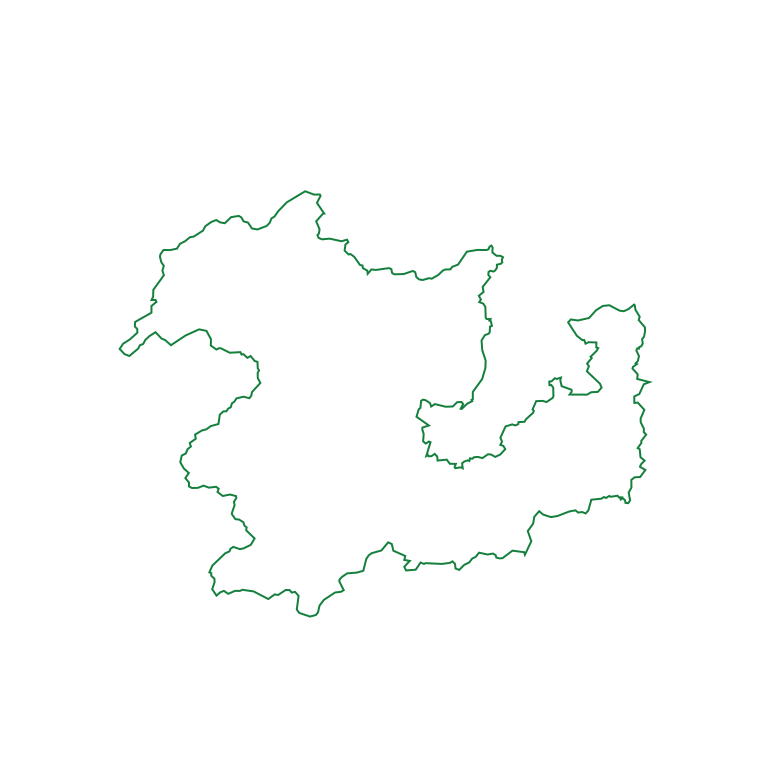 Yen Son, Tuyên Quang, Vietnam (Equal Earth projection), rotated 238°
{"feature_id": "81297802B74193371644879", "entity_name": "Yen Son", "entity_type": "district", "adm_level": 2, "iso_a3": "VNM", "parent_name": "Vietnam", "parent_adm1": "Tuyên Quang", "projection": "equal_earth", "projection_center": [105.29, 21.864], "detail": "fine", "context": "isolated", "style": "outline", "palette": "green", "viewbox_px": 768, "rotation_deg": 238, "n_neighbors": 0, "source": "geoboundaries", "source_scale": "gbopen_adm2", "svg_char_len": 6166}
<svg xmlns="http://www.w3.org/2000/svg" viewBox="0 0 768 768"><g transform="rotate(238 384 384)"><path d="M234.8,190.8L226.0,198.0L224.2,203.8L225.3,207.0L230.3,212.0L232.8,218.7L233.1,232.0L230.6,237.4L230.5,240.6L240.4,241.5L241.8,242.8L242.7,246.3L242.9,252.5L238.4,261.1L236.6,267.5L244.9,276.1L246.8,280.2L247.0,284.1L244.2,293.6L247.5,303.6L244.2,305.8L237.6,303.6L226.9,310.9L224.0,308.0L220.3,312.1L218.3,304.4L214.2,303.9L209.7,312.5L213.2,320.4L210.2,322.6L210.1,324.2L200.7,337.8L197.4,345.1L197.3,348.1L193.9,348.9L189.6,346.9L186.5,349.3L188.1,356.2L187.5,361.7L189.2,366.2L188.8,370.2L190.6,375.2L184.5,381.5L182.5,386.5L179.7,388.0L177.3,387.3L174.8,389.7L173.5,392.2L174.6,404.6L167.1,413.7L164.5,413.0L172.6,425.6L183.1,428.0L186.5,436.4L191.8,441.2L193.9,448.2L188.9,449.8L182.7,455.0L180.1,461.2L177.7,473.6L175.4,479.4L172.2,480.5L170.3,484.3L167.4,486.4L168.4,490.2L176.0,498.5L171.5,507.7L171.6,510.6L169.7,511.9L169.7,515.7L168.2,516.5L165.5,522.9L163.6,523.0L162.3,524.9L162.2,523.7L160.5,523.6L160.7,526.0L157.6,526.8L155.2,525.8L153.5,528.0L154.9,531.0L162.3,534.0L165.1,539.0L171.6,542.9L172.1,547.0L169.4,551.9L172.6,560.1L178.1,557.2L179.7,559.3L180.9,564.4L185.9,562.7L193.2,566.3L195.2,565.2L197.6,571.0L199.4,572.0L202.1,579.5L205.6,578.8L208.3,580.7L215.4,581.4L218.7,583.3L224.1,591.1L233.8,589.3L235.3,586.3L240.8,589.6L240.2,595.2L246.1,604.2L244.9,610.2L254.1,601.4L257.8,604.3L265.4,602.9L266.6,604.2L266.9,609.1L268.2,608.4L268.9,611.3L272.5,615.0L278.8,615.8L280.0,617.8L278.9,618.9L280.1,620.1L279.6,622.1L281.1,624.8L285.3,626.7L286.3,629.6L290.7,633.6L293.8,635.3L303.3,633.9L305.6,636.5L313.7,636.6L317.9,638.4L318.8,638.2L318.0,631.1L318.6,626.0L321.3,622.7L331.4,616.8L334.2,611.0L334.2,603.0L331.3,592.9L335.1,582.1L339.7,576.7L338.7,572.8L322.8,573.1L316.2,575.4L315.2,577.1L311.4,576.3L311.0,579.7L306.7,586.1L302.5,583.4L301.0,584.7L299.5,582.0L297.6,573.6L295.9,573.9L293.7,567.1L290.5,567.2L287.3,562.8L269.8,567.3L265.6,566.6L264.0,561.2L267.2,555.4L267.4,550.5L276.7,535.8L278.0,539.1L279.8,540.0L288.0,533.5L293.6,535.4L295.7,537.5L296.7,533.2L298.4,531.9L297.5,527.5L298.5,525.4L295.3,523.7L294.6,525.3L291.3,525.6L283.8,521.2L282.8,519.5L282.6,512.2L285.6,509.6L288.8,504.0L283.7,496.5L282.0,496.9L280.6,495.3L278.9,485.9L277.5,483.1L280.4,477.9L278.8,476.6L279.3,473.4L281.8,471.3L283.6,464.6L276.7,454.2L272.6,453.6L270.7,450.4L268.3,452.4L264.5,452.3L262.6,445.3L263.2,439.7L267.5,437.4L269.3,434.9L269.0,428.2L272.4,425.0L274.2,421.5L273.8,419.3L275.4,417.5L273.5,415.6L274.8,414.7L275.7,411.2L275.4,408.2L270.8,406.1L272.6,405.0L274.9,399.8L276.3,399.9L278.2,402.6L281.4,397.6L286.6,397.1L290.7,388.9L294.3,390.7L297.8,390.0L297.7,385.9L299.1,383.5L300.4,383.6L300.5,381.7L310.0,392.6L311.4,391.6L311.4,387.8L314.7,386.8L320.6,391.2L325.3,392.4L326.7,393.6L325.0,400.1L339.0,394.2L344.1,400.0L344.4,402.2L350.0,406.5L350.1,408.7L348.2,410.7L343.4,412.9L339.9,412.1L340.0,416.5L332.0,424.3L328.5,430.4L329.8,436.4L327.7,440.1L325.0,440.5L322.4,435.9L321.7,436.7L323.2,444.2L322.7,449.8L324.1,449.8L324.1,451.3L330.2,455.1L336.2,469.9L343.8,478.4L349.9,482.6L360.8,485.3L369.2,489.8L372.0,495.4L371.2,499.4L371.8,501.0L376.5,504.3L376.1,506.3L380.6,507.9L381.9,507.0L382.6,508.7L384.7,505.5L386.4,505.4L395.6,510.8L399.5,510.8L403.0,508.2L404.2,510.9L408.6,511.2L409.3,517.2L414.0,519.1L418.2,530.7L421.3,530.3L423.6,532.0L423.7,534.1L421.3,536.5L421.4,538.6L422.7,541.3L425.3,543.0L424.0,547.0L424.6,548.9L426.7,549.5L428.5,552.1L431.1,550.6L433.1,547.4L438.1,545.6L442.1,548.4L444.5,548.4L444.5,546.2L442.9,544.2L443.3,541.9L448.2,534.3L452.3,524.4L446.0,510.1L447.2,503.9L446.0,501.1L448.6,496.7L449.0,494.0L447.7,487.8L448.0,480.3L449.9,478.2L451.7,471.9L454.1,469.2L457.5,468.1L462.3,469.7L464.6,468.3L466.8,459.0L471.6,450.8L473.8,449.7L477.6,451.1L479.6,449.7L485.1,437.4L487.8,434.1L486.1,428.6L489.0,429.9L493.6,427.5L495.8,428.6L497.7,426.7L507.6,426.2L512.0,424.4L512.6,422.6L518.0,421.3L522.7,425.2L523.2,428.9L526.0,429.1L527.6,423.6L536.1,414.9L539.5,408.1L542.5,406.0L545.5,406.4L546.2,408.7L549.5,411.4L557.9,412.7L560.7,422.2L560.2,423.6L573.1,423.1L577.2,429.9L578.7,430.0L581.7,425.0L589.2,419.3L589.6,398.1L586.6,385.8L584.0,379.8L584.1,376.4L581.3,372.6L580.2,368.3L582.1,358.6L585.9,354.4L593.0,354.2L596.3,351.1L600.8,351.3L603.5,349.9L606.5,342.8L604.7,334.2L608.0,330.6L612.0,328.6L612.9,323.2L612.5,316.1L610.0,311.8L609.8,301.0L611.3,297.2L610.5,291.0L611.0,285.2L608.5,280.2L610.9,273.6L614.5,268.0L612.4,263.0L610.6,261.4L605.3,259.7L600.9,259.9L597.5,256.1L592.9,255.0L586.1,238.3L580.4,234.5L578.4,231.4L576.4,234.8L574.2,234.5L573.4,228.1L567.7,224.6L568.5,205.8L564.8,203.2L561.4,203.9L558.2,202.0L556.5,192.2L556.4,184.1L553.8,178.4L546.8,179.8L542.7,182.9L544.3,194.4L546.2,197.4L545.6,201.1L547.8,204.8L548.9,210.3L549.0,217.7L540.5,219.4L537.2,221.7L529.8,223.9L530.3,241.5L528.3,256.2L523.1,261.6L513.7,261.0L508.4,257.5L502.0,260.2L501.8,263.1L500.4,264.8L492.3,269.7L487.1,279.1L484.5,278.8L483.8,280.6L478.6,282.0L478.4,285.7L472.1,286.5L469.8,288.4L464.3,285.3L461.7,285.2L460.4,282.8L455.9,280.1L450.4,279.7L447.1,267.7L444.5,265.4L443.3,262.3L447.7,258.1L450.0,251.2L448.3,247.7L448.2,244.8L445.5,241.7L445.7,238.8L444.4,235.9L445.9,233.2L445.0,228.5L437.8,222.4L440.1,214.8L439.7,209.3L441.1,204.8L441.2,197.0L437.3,195.3L436.9,188.0L433.3,187.1L432.8,182.8L430.1,179.2L430.5,174.6L425.7,169.8L418.3,169.5L412.0,171.3L409.5,165.7L403.7,166.4L400.5,164.3L397.6,166.0L394.6,171.0L393.4,177.1L388.9,180.6L385.8,187.1L382.8,188.3L380.7,185.6L374.5,187.9L371.9,194.8L367.4,199.1L365.6,198.4L363.5,194.2L360.6,193.3L354.9,186.3L353.3,186.0L348.1,186.4L345.8,189.3L341.3,191.5L337.7,190.6L335.2,191.5L333.0,189.6L321.6,192.4L318.2,185.8L319.0,177.8L320.4,174.2L325.8,169.8L325.5,166.2L323.9,164.3L324.6,159.8L321.0,142.3L316.8,136.1L315.2,137.3L312.9,135.9L308.7,137.0L305.7,135.3L301.0,129.6L293.3,129.8L294.1,134.8L293.4,138.6L288.6,140.7L287.5,148.1L284.9,152.1L284.5,154.9L277.2,163.5L263.0,171.9L263.5,179.8L261.2,182.4L261.4,191.5L259.2,194.8L256.0,195.2L254.9,198.4L249.6,199.3L238.9,190.5L234.8,190.8Z" fill="none" stroke="#15803d" stroke-width="2"/></g></svg>